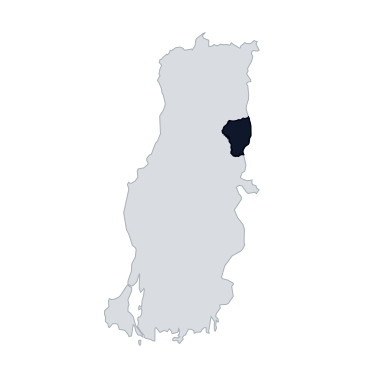 location of Sanliurfa within Turkey, rotated 280°
{"feature_id": "TUR-3017", "entity_name": "Sanliurfa", "entity_type": "Province", "adm_level": 1, "iso_a3": "TUR", "parent_name": "Turkey", "parent_adm1": "", "projection": "natural_earth1", "projection_center": [38.713, 37.351], "detail": "fine", "context": "in_parent", "style": "filled", "palette": "ink", "viewbox_px": 384, "rotation_deg": 280, "n_neighbors": 0, "source": "natural_earth", "source_scale": "10m", "svg_char_len": 5801}
<svg xmlns="http://www.w3.org/2000/svg" viewBox="0 0 384 384"><g transform="rotate(280 192 192)"><path d="M295.8,138.5L301.0,140.3L302.7,138.9L307.4,139.1L311.6,140.1L313.9,137.2L316.9,137.5L317.5,139.0L318.9,139.5L323.4,143.3L322.9,143.7L324.0,145.1L327.8,146.0L328.1,147.9L331.1,150.7L332.7,155.1L331.9,158.2L330.3,160.1L332.7,166.7L332.0,167.5L336.6,169.7L342.4,169.3L344.3,170.2L350.0,175.4L351.4,177.4L347.5,175.0L345.4,177.1L344.3,182.2L338.2,183.2L339.2,186.5L340.9,188.0L340.4,191.2L340.9,192.4L342.6,194.5L342.4,197.3L343.2,200.3L343.2,203.9L345.8,205.0L344.7,206.7L342.0,213.9L342.2,214.5L344.1,214.7L348.4,218.1L347.7,219.2L348.2,223.8L352.0,226.9L351.4,228.4L351.6,230.0L348.9,229.3L343.5,233.4L342.9,233.3L342.1,231.9L341.9,227.7L340.5,226.6L338.8,226.4L335.9,228.3L333.2,228.2L330.5,227.8L323.3,225.3L320.7,226.2L317.9,225.2L312.6,230.3L311.0,230.7L310.2,228.2L308.3,226.7L305.9,228.6L296.7,231.1L292.5,231.5L287.3,230.7L283.1,230.9L271.5,236.6L260.3,239.7L250.3,239.4L244.9,235.9L240.6,235.0L227.8,240.5L221.6,240.3L219.5,238.0L214.7,237.1L213.6,239.2L212.6,244.4L214.3,249.1L211.5,249.3L209.8,250.4L209.3,253.9L206.8,255.3L206.0,257.5L205.6,257.5L201.6,255.7L202.7,254.0L200.3,247.5L201.5,245.4L206.7,240.1L206.6,237.0L204.4,234.8L197.8,238.8L197.2,240.3L195.7,241.4L193.3,241.9L181.7,236.8L174.8,241.3L168.8,247.8L164.4,250.1L151.4,252.0L149.1,253.2L144.7,251.8L142.1,250.1L136.2,242.7L125.0,237.1L113.1,235.8L112.0,237.2L111.4,242.9L109.4,248.3L108.4,248.9L105.8,247.5L96.5,250.7L88.7,247.2L87.4,245.6L85.8,239.4L84.7,238.9L83.4,239.8L82.1,239.8L76.5,237.1L73.5,236.9L71.6,239.6L68.6,240.6L68.5,239.9L69.7,238.2L65.0,238.5L62.4,239.8L59.0,239.0L59.3,238.3L62.1,237.4L68.5,236.5L72.6,232.4L57.5,232.6L56.0,233.5L55.9,231.3L56.8,230.3L60.8,229.5L60.6,227.7L58.2,225.8L55.6,224.8L54.6,220.3L53.3,219.2L53.5,218.5L55.9,217.8L56.6,214.5L56.3,212.4L51.5,210.7L50.4,210.8L49.3,209.1L47.2,207.8L45.5,208.9L40.7,206.2L41.7,204.2L42.9,204.3L43.2,202.8L42.3,200.2L42.5,198.9L43.5,198.6L44.7,198.8L45.9,200.3L45.9,203.2L47.2,205.0L48.2,203.2L50.4,204.2L54.4,203.3L55.2,202.5L52.3,202.6L51.2,201.9L49.0,197.1L51.5,195.7L53.3,193.4L50.1,191.9L50.9,188.6L48.1,184.9L52.2,180.2L52.0,179.6L50.8,179.3L38.8,181.3L38.7,179.1L39.6,177.3L39.8,172.8L40.4,170.3L42.6,169.6L45.5,166.0L50.0,161.8L54.6,161.9L56.5,160.7L59.2,160.6L59.9,162.3L62.3,163.5L66.5,163.3L68.5,162.2L66.7,160.1L69.1,159.4L70.9,159.9L69.9,162.2L70.4,162.4L75.9,161.7L81.5,162.3L87.8,162.0L88.6,161.3L84.3,159.0L87.2,157.0L88.8,156.6L102.0,154.7L102.1,154.3L94.1,153.2L90.0,150.6L88.9,149.1L89.8,145.6L90.8,144.7L93.6,144.5L103.5,146.1L110.6,145.2L118.2,147.5L125.6,147.0L127.2,146.0L129.1,142.6L139.7,137.0L143.4,134.1L159.7,128.3L183.9,129.3L188.2,127.1L190.6,127.9L189.9,129.3L190.0,130.7L192.9,134.1L197.2,136.1L203.2,134.4L205.4,135.0L207.4,140.4L211.2,143.5L212.9,143.8L215.2,141.9L217.3,141.7L220.9,143.5L222.1,145.4L233.7,147.6L236.1,149.2L243.9,150.8L261.3,147.0L267.6,149.6L272.9,150.5L275.2,150.1L282.2,147.0L284.4,145.3L288.7,143.8L294.2,140.4L295.8,138.5ZM72.6,129.1L72.0,131.5L73.0,134.1L75.3,137.7L77.6,139.5L89.3,144.5L87.4,149.1L84.5,149.8L74.5,147.6L70.3,149.5L67.3,149.0L63.2,149.8L61.9,152.6L58.9,155.8L50.7,159.7L43.0,167.6L40.8,168.6L41.9,165.9L41.9,163.6L45.2,160.8L49.9,158.8L51.1,157.1L39.7,157.4L38.7,155.0L39.9,154.5L43.8,150.2L44.2,148.5L44.0,144.3L48.6,141.9L49.1,140.9L48.5,136.7L44.3,134.3L44.5,133.2L47.6,132.0L49.4,129.2L53.9,128.6L56.1,127.2L59.9,126.5L64.6,130.1L70.3,128.7L72.6,129.1ZM37.0,167.3L33.1,167.9L32.0,167.3L33.2,166.0L36.2,165.2L37.2,166.4L37.0,167.3Z" fill="#d9dde1" stroke="#a8b0b8" stroke-width="1"/><path d="M261.7,239.4L258.3,240.1L257.4,240.1L254.8,239.2L253.9,239.3L253.6,239.4L250.8,239.5L249.6,239.4L248.6,238.9L248.1,238.3L246.3,236.5L245.5,236.0L242.3,235.0L241.2,234.9L240.6,235.0L239.5,235.4L237.8,236.4L237.7,236.2L237.7,235.9L237.7,235.7L237.9,235.6L238.1,235.5L238.0,235.3L237.7,235.0L237.6,234.8L237.6,234.6L237.6,234.0L237.5,233.9L237.1,233.5L236.8,233.2L236.8,232.7L237.0,232.2L237.0,231.9L236.8,231.8L236.6,231.9L236.2,232.1L235.9,232.0L235.8,231.8L235.6,231.7L235.4,231.8L235.2,231.6L235.2,231.3L235.3,230.7L235.3,230.2L235.2,229.8L234.9,229.3L234.8,229.1L234.7,228.7L234.8,228.4L234.9,228.2L235.1,228.3L235.2,228.5L235.3,228.5L235.3,228.1L235.1,227.7L234.9,227.5L234.7,227.3L234.9,226.6L235.0,226.4L235.3,226.2L235.5,225.6L235.7,225.3L236.2,224.8L237.0,223.8L237.2,223.6L237.5,223.6L237.8,223.7L238.1,223.6L238.3,223.8L238.5,223.8L239.0,223.5L239.5,223.9L240.3,224.0L240.4,224.3L240.5,224.3L240.6,224.2L240.7,223.8L240.7,223.6L240.9,223.5L241.6,223.6L241.9,223.4L242.0,223.0L243.2,222.6L243.7,222.8L245.7,222.5L246.1,222.2L247.1,221.2L247.3,220.8L247.5,220.7L248.3,219.9L252.0,219.3L251.2,218.7L250.9,218.3L251.2,218.1L251.3,218.2L251.5,218.4L251.8,218.4L252.0,218.3L252.1,218.2L252.3,218.0L252.6,218.2L252.9,218.1L253.0,218.0L252.5,217.5L252.4,217.4L252.6,217.2L252.9,217.1L253.3,217.1L253.7,217.0L253.5,216.7L253.5,216.2L253.3,216.0L253.1,216.0L252.6,216.4L252.4,216.4L252.5,216.1L252.7,215.8L252.9,215.7L253.2,215.6L253.3,215.6L253.7,215.7L253.8,215.7L253.9,215.4L253.9,215.2L254.0,214.8L254.1,214.6L254.1,214.3L253.9,214.0L254.7,213.7L254.9,213.6L255.1,213.3L255.2,212.6L255.3,212.2L255.5,212.0L255.8,211.8L256.8,211.6L257.4,211.1L258.8,211.8L260.1,212.0L261.1,212.1L262.0,212.5L263.1,213.5L264.2,214.4L264.7,214.7L265.2,214.9L265.9,215.5L266.7,215.8L266.9,215.6L267.0,215.3L267.5,215.5L267.9,215.9L268.2,216.1L268.5,216.1L268.8,216.7L268.7,218.9L269.0,220.5L269.1,221.1L269.2,221.4L269.8,223.1L270.3,224.2L271.1,225.1L271.4,227.6L271.9,228.1L272.4,228.5L273.3,229.4L273.5,229.8L273.3,231.5L274.8,234.2L275.6,234.6L274.4,235.4L273.8,235.7L273.1,235.8L272.5,236.0L270.8,237.0L267.2,238.4L261.7,239.4Z" fill="#0f172a" stroke="#020617" stroke-width="1.5"/></g></svg>